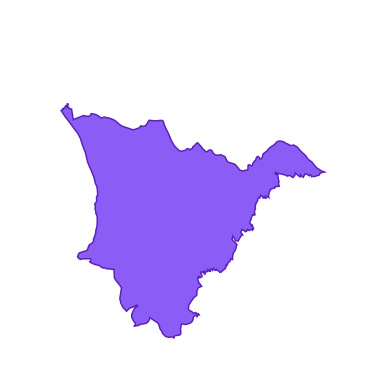 Xoxocotla, Puebla, Mexico, rotated 158°
{"feature_id": "50627088B45118812748540", "entity_name": "Xoxocotla", "entity_type": "district", "adm_level": 2, "iso_a3": "MEX", "parent_name": "Mexico", "parent_adm1": "Puebla", "projection": "equal_earth", "projection_center": [-97.166, 18.63], "detail": "fine", "context": "isolated", "style": "filled", "palette": "violet", "viewbox_px": 384, "rotation_deg": 158, "n_neighbors": 0, "source": "geoboundaries", "source_scale": "gbopen_adm2", "svg_char_len": 6028}
<svg xmlns="http://www.w3.org/2000/svg" viewBox="0 0 384 384"><g transform="rotate(158 192 192)"><path d="M272.6,314.0L274.5,315.1L274.5,316.8L275.4,316.9L275.2,319.0L275.0,319.6L274.0,319.3L274.1,320.4L274.6,320.5L274.8,320.1L275.3,319.0L276.7,319.3L277.0,318.4L277.6,318.6L277.6,317.4L280.5,317.8L280.4,316.7L282.9,316.6L281.1,308.2L279.7,303.5L277.2,293.6L275.9,289.1L275.4,283.4L276.0,276.3L276.1,267.8L277.1,262.5L277.6,257.9L277.6,253.7L277.4,250.8L277.4,242.9L277.8,239.2L278.2,237.5L278.3,235.3L278.2,232.4L279.4,227.9L280.8,224.0L281.9,223.8L282.9,222.0L283.5,219.9L284.4,218.6L286.7,217.3L286.9,215.2L288.2,212.5L288.6,209.7L289.2,208.1L289.0,206.8L289.1,204.8L291.1,199.6L293.0,195.7L295.2,192.9L297.1,189.4L299.4,186.8L300.8,185.5L301.5,183.8L302.1,183.1L303.3,182.2L306.9,181.5L308.2,180.4L310.4,177.8L311.9,177.1L313.7,177.2L314.5,177.5L319.6,177.7L322.3,175.1L322.3,174.3L321.7,172.5L320.8,171.4L319.6,171.1L318.8,171.2L315.5,169.8L312.6,168.8L311.2,168.0L311.2,167.0L311.6,166.4L312.4,165.9L313.0,165.7L312.8,165.2L312.5,164.6L309.6,161.6L305.1,158.2L304.6,156.9L303.4,155.3L302.8,154.8L301.8,154.5L299.2,152.3L297.5,151.9L296.0,150.8L294.4,149.8L293.2,149.6L295.4,143.6L296.1,141.4L295.6,138.2L294.5,134.8L293.2,129.7L298.8,120.3L299.6,115.8L299.2,110.8L297.4,106.0L294.7,107.1L292.5,107.8L290.9,107.4L287.3,107.5L286.0,107.9L285.1,107.3L285.2,106.3L286.5,106.3L288.7,105.6L289.8,104.9L293.1,101.8L294.0,100.5L294.8,98.1L294.6,94.7L294.2,93.1L293.6,91.7L294.0,90.7L295.8,89.3L295.5,89.1L293.4,88.8L291.9,88.3L289.1,88.7L287.7,88.2L283.5,87.4L281.8,87.9L280.2,88.9L279.1,90.0L278.2,91.3L273.4,84.4L272.8,83.3L272.5,82.2L272.5,81.2L272.8,78.1L272.8,76.2L272.3,74.8L272.2,73.3L272.2,71.9L271.2,69.1L270.4,67.8L268.6,66.4L267.5,65.8L265.8,65.5L265.0,65.2L263.4,63.5L262.5,64.8L262.0,65.1L259.4,64.6L257.2,64.0L256.0,64.3L255.4,65.0L254.9,66.2L254.4,67.4L254.2,68.8L253.3,70.4L251.1,73.6L247.5,71.5L244.8,71.2L242.2,71.2L240.3,72.0L238.9,73.2L238.1,74.8L237.3,75.6L236.3,76.0L234.6,76.4L234.1,76.0L234.0,74.6L232.8,75.6L231.3,75.4L231.7,76.7L232.8,77.5L234.2,79.1L236.2,79.0L237.0,81.3L237.7,81.9L238.6,83.0L239.1,84.1L239.0,85.2L237.1,88.6L235.3,89.6L233.2,91.4L232.1,91.8L230.6,93.0L228.2,93.9L226.5,94.4L225.2,96.4L225.1,97.6L222.5,100.6L221.9,100.8L218.3,101.0L219.4,104.7L219.8,105.1L219.5,105.8L219.7,106.0L219.5,106.5L219.4,108.9L219.2,109.4L217.8,111.0L217.4,111.2L217.1,110.9L217.0,110.4L217.4,109.7L216.0,109.5L214.4,109.7L214.0,111.9L214.2,112.6L214.0,113.2L214.1,114.3L213.2,114.6L212.3,113.9L211.8,113.1L210.7,114.0L210.9,112.8L211.3,111.5L210.7,111.0L210.0,112.6L208.5,112.6L208.5,112.8L208.1,112.5L207.4,112.5L206.6,112.8L206.5,114.0L206.2,113.6L205.9,112.7L205.1,111.6L204.8,111.5L204.4,111.7L204.1,113.3L203.9,113.5L202.6,112.7L202.1,111.6L201.9,111.9L202.0,112.8L200.6,113.2L200.0,110.9L199.6,110.7L199.3,110.4L198.1,111.0L197.5,109.3L196.9,109.0L196.4,107.8L196.4,107.1L195.1,106.8L193.4,107.4L192.6,107.8L189.7,108.5L189.9,109.0L187.3,110.8L187.7,111.4L186.3,111.5L185.4,112.5L183.9,113.3L182.8,113.6L181.9,114.4L181.3,115.6L179.7,114.2L178.8,116.5L177.0,119.2L176.1,120.3L175.0,120.8L173.4,122.2L171.9,123.8L171.2,125.3L170.0,126.3L171.0,129.3L172.8,133.0L172.3,133.4L172.1,134.0L171.2,134.5L170.6,135.7L169.7,130.5L167.6,129.2L165.3,131.2L162.1,133.4L161.1,133.1L161.1,134.0L161.9,134.9L161.3,137.0L159.7,138.6L159.2,137.7L157.9,136.3L157.7,136.4L157.5,135.4L157.1,135.1L156.0,135.3L155.5,135.5L154.4,136.5L153.5,134.9L150.2,135.0L150.0,134.0L148.7,135.0L148.6,138.8L149.5,138.3L149.7,138.7L149.5,140.1L150.2,141.6L148.8,143.3L147.6,144.4L147.2,145.3L147.3,145.4L145.8,146.6L144.6,148.2L143.6,147.5L143.5,147.8L142.4,147.2L142.0,147.7L141.3,150.9L139.8,152.3L139.3,153.0L139.1,153.7L139.0,155.1L138.1,155.9L136.5,157.9L136.1,158.0L134.5,159.3L133.6,160.7L132.1,161.8L131.4,161.0L129.7,163.2L128.7,161.9L127.5,160.9L128.4,160.1L125.8,158.6L125.7,160.0L125.1,159.4L124.8,159.7L124.8,160.2L122.8,158.1L122.8,159.0L121.5,161.2L120.3,163.0L118.3,164.9L116.4,165.1L114.3,164.7L113.3,165.0L113.0,165.9L109.0,164.6L108.7,167.4L107.4,169.1L107.5,169.4L106.5,174.2L105.9,175.7L108.0,177.4L107.8,178.5L107.0,178.9L106.6,178.7L106.4,177.7L102.8,175.5L97.9,171.8L98.0,171.2L95.1,170.7L93.0,167.6L90.3,169.0L89.2,170.9L86.2,165.5L85.0,167.2L84.7,166.2L83.4,164.0L80.1,166.5L78.6,165.1L77.2,163.1L75.7,163.6L75.3,161.3L74.7,161.4L73.4,160.7L72.6,160.4L69.6,160.3L68.6,160.0L67.6,160.1L66.5,161.3L65.5,161.5L61.7,160.9L63.7,162.6L67.5,167.9L67.8,169.4L68.5,171.0L69.6,174.9L72.1,178.9L73.1,183.4L74.7,186.6L76.3,190.3L77.5,194.2L80.0,197.4L82.5,197.9L83.9,198.7L84.9,200.2L87.2,202.5L88.3,204.3L90.1,205.6L91.8,206.5L94.1,206.9L97.4,205.3L99.4,204.7L101.2,204.5L103.9,203.7L105.7,202.9L106.9,202.0L110.8,201.0L112.1,200.4L112.8,199.2L114.0,197.7L115.9,196.9L116.7,197.4L116.7,198.6L117.4,200.3L119.0,200.1L120.2,198.9L121.2,197.4L121.5,197.6L123.4,196.8L124.9,195.6L125.9,194.1L127.1,193.9L128.0,195.1L129.0,196.0L130.0,195.7L131.6,192.2L132.4,191.6L134.9,192.3L136.0,192.0L138.9,193.9L139.6,194.5L140.1,196.8L141.0,199.5L142.0,201.9L147.1,205.9L147.9,207.8L148.2,212.4L149.7,214.1L150.9,215.4L151.8,215.9L154.2,216.3L156.8,217.9L157.9,220.5L157.9,222.1L158.4,223.4L159.2,224.2L161.0,224.3L163.3,223.7L164.4,224.3L164.5,225.3L165.1,226.7L166.0,228.1L166.1,229.3L168.2,235.4L168.9,235.3L169.6,235.5L171.5,234.5L174.4,233.5L175.4,232.3L176.5,232.0L177.4,232.3L178.1,231.9L179.1,233.3L180.6,234.0L182.6,233.2L186.5,233.7L188.5,235.3L191.1,241.4L191.8,246.9L191.9,251.6L191.9,254.9L192.4,260.6L192.5,264.7L192.2,267.9L192.4,269.2L194.1,270.1L199.5,271.7L204.9,274.6L206.3,273.7L207.9,272.1L208.8,271.9L210.4,270.8L211.3,270.9L213.0,271.3L214.9,272.6L216.3,271.3L221.0,271.4L222.8,271.6L224.3,272.5L228.7,276.3L229.6,276.9L232.4,279.5L234.0,282.0L235.7,285.5L237.5,288.2L239.5,290.1L241.7,292.0L245.4,294.4L247.3,294.5L248.7,294.9L251.0,298.5L252.3,300.0L254.6,301.5L256.1,302.4L257.6,301.1L259.1,300.7L262.3,302.3L263.8,303.5L275.0,303.6L272.6,314.0Z" fill="#8b5cf6" stroke="#5b21b6" stroke-width="1.5"/></g></svg>